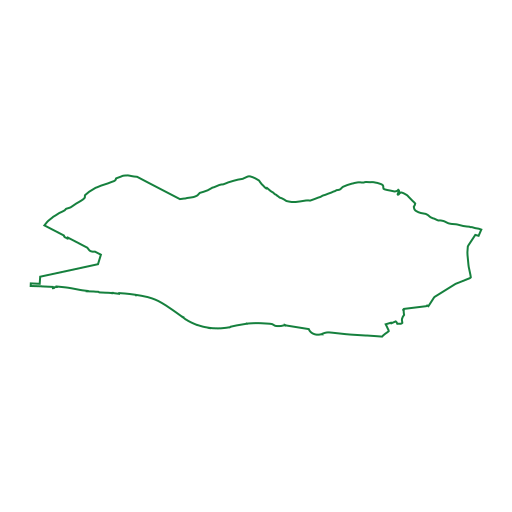 outline of Goes, Zeeland, Netherlands
{"feature_id": "6326949B11720350341334", "entity_name": "Goes", "entity_type": "district", "adm_level": 2, "iso_a3": "NLD", "parent_name": "Netherlands", "parent_adm1": "Zeeland", "projection": "natural_earth1", "projection_center": [3.836, 51.516], "detail": "fine", "context": "isolated", "style": "outline", "palette": "green", "viewbox_px": 512, "rotation_deg": 0, "n_neighbors": 0, "source": "geoboundaries", "source_scale": "gbopen_adm2", "svg_char_len": 5886}
<svg xmlns="http://www.w3.org/2000/svg" viewBox="0 0 512 512"><path d="M382.1,336.6L383.1,335.5L385.3,333.7L387.2,332.4L388.7,331.2L388.7,330.9L388.6,330.6L388.5,330.1L388.3,329.6L387.8,328.7L387.2,327.3L385.7,324.3L391.0,322.7L391.3,323.3L395.7,321.4L396.7,322.4L396.9,322.9L397.3,323.8L398.8,323.7L400.1,323.8L400.9,323.7L401.5,323.5L402.2,323.0L402.3,322.9L402.3,322.5L401.9,320.1L402.0,318.9L402.3,318.1L402.6,317.3L402.9,316.6L404.1,314.9L403.9,313.8L403.8,312.8L403.7,311.9L403.7,310.8L403.3,310.1L403.2,310.0L403.2,309.8L403.8,309.6L403.8,309.0L404.0,308.9L426.1,306.2L426.7,306.0L427.0,305.8L427.2,305.5L427.9,305.8L428.3,306.2L428.5,306.0L428.8,305.6L433.9,297.7L434.3,297.2L434.6,296.9L455.5,283.9L469.9,278.1L470.5,277.7L470.8,277.3L470.4,274.8L468.7,266.8L468.6,265.9L468.5,265.3L468.4,264.3L467.8,258.1L467.5,255.0L467.4,252.3L467.8,246.6L468.0,246.1L468.7,244.9L475.3,234.9L478.6,235.8L481.3,229.6L479.9,229.1L478.7,228.7L477.5,228.5L476.3,228.3L475.1,228.1L472.8,227.4L471.7,227.1L470.4,227.1L469.3,226.7L466.8,226.5L463.2,226.0L457.3,224.5L456.1,224.3L453.7,224.1L451.2,223.9L448.8,223.4L447.7,223.0L444.5,221.4L443.4,221.0L441.0,220.5L439.8,220.4L438.4,220.5L437.3,220.1L435.2,219.1L434.1,218.6L432.9,218.3L430.7,217.3L429.7,216.6L428.8,215.8L427.8,215.0L426.7,214.4L425.7,213.9L420.8,213.0L419.6,212.6L418.4,212.2L416.3,211.1L415.4,210.5L414.7,209.7L414.2,208.7L413.8,206.8L414.8,205.0L415.2,203.5L413.8,202.0L412.9,201.2L412.2,200.5L408.4,196.6L407.7,195.8L406.9,195.1L404.8,193.9L403.7,193.3L402.5,192.8L400.9,192.4L399.5,193.4L398.7,194.4L398.0,194.7L397.7,194.4L397.9,193.4L399.0,191.4L399.0,190.7L398.8,190.4L398.6,190.1L398.3,190.0L398.2,189.9L397.6,190.6L396.8,191.0L395.8,191.3L394.6,191.5L390.9,190.7L387.2,190.0L384.8,189.4L383.6,188.8L383.3,187.8L383.3,186.8L383.1,185.8L382.5,184.9L381.0,184.1L377.3,182.9L376.0,182.7L373.6,182.2L372.4,182.1L369.9,182.2L366.2,182.0L365.0,182.1L363.8,182.5L361.4,182.5L360.1,182.3L358.9,182.3L357.7,182.4L354.4,183.0L353.2,183.4L352.0,183.6L347.4,185.0L343.0,186.8L342.1,187.5L340.4,189.2L339.4,189.7L338.1,190.0L336.8,190.1L335.8,190.6L334.8,191.2L333.6,191.5L332.5,192.0L331.5,192.5L328.1,193.7L325.9,194.6L324.8,195.0L323.6,195.3L322.5,195.7L321.5,196.3L320.5,196.9L318.2,197.6L314.9,198.9L313.8,199.3L311.0,200.3L310.1,200.6L308.2,200.4L305.9,200.5L300.3,201.4L295.7,202.0L291.6,202.0L288.7,201.5L286.4,201.0L285.6,200.5L284.1,199.5L281.6,198.2L279.7,197.6L278.6,196.7L278.2,196.3L277.3,195.9L277.1,195.6L276.4,194.9L275.4,194.5L274.8,194.1L274.2,193.6L273.2,192.6L272.7,192.3L271.8,191.8L270.7,191.1L266.9,187.9L266.3,188.5L265.2,187.7L264.3,186.8L263.0,185.4L261.8,184.3L260.1,182.1L259.3,180.9L259.0,180.5L257.3,179.5L255.9,178.7L255.2,178.3L252.7,177.2L250.5,176.5L249.8,176.3L249.3,176.3L248.8,176.3L247.9,176.5L247.1,176.8L246.4,177.1L245.4,177.6L244.2,178.1L243.2,178.6L242.8,178.8L241.2,179.1L238.1,179.6L233.5,180.8L228.2,182.4L226.3,183.2L223.4,184.3L223.0,184.4L221.3,184.5L219.3,185.0L214.1,187.2L212.2,187.7L212.0,187.9L207.7,190.3L203.5,191.8L199.8,192.9L199.2,193.5L198.1,194.7L197.4,195.4L196.3,196.0L194.6,196.7L193.3,197.1L190.8,197.5L187.1,198.0L185.3,198.5L183.5,198.6L182.3,198.8L179.9,199.1L148.9,183.0L137.1,176.8L134.0,176.5L131.6,176.1L129.7,175.7L127.9,175.4L125.5,175.5L124.2,175.6L122.9,175.8L122.3,176.0L120.7,176.7L116.3,178.3L116.0,178.5L115.9,178.8L115.8,179.5L115.7,179.7L115.5,179.9L114.7,180.7L114.0,181.1L111.2,182.1L107.9,183.4L103.9,184.7L101.1,185.6L97.3,187.2L96.2,187.6L95.6,187.8L89.7,191.4L89.2,191.7L87.4,193.2L85.6,194.7L85.1,195.1L84.9,195.7L84.9,196.6L84.8,197.5L84.6,197.9L84.3,198.2L83.3,199.2L82.3,199.9L81.1,200.7L78.6,202.2L76.3,203.5L72.2,206.3L70.7,207.3L70.0,207.6L68.8,208.0L66.4,208.7L66.0,208.9L64.8,210.2L64.7,210.3L63.3,211.1L61.9,211.8L59.3,213.0L55.6,215.4L53.2,216.8L52.3,217.6L49.4,219.9L48.2,220.9L47.2,221.9L45.9,223.5L44.4,225.4L63.9,235.5L64.2,236.2L64.1,236.3L64.2,236.5L64.3,236.6L64.5,236.9L64.9,237.2L65.3,237.5L65.5,237.6L66.6,237.9L66.9,238.1L67.2,238.5L67.6,238.6L67.9,237.6L87.3,247.7L89.1,250.0L89.7,250.6L90.5,251.1L91.4,251.4L92.7,251.7L93.9,251.7L94.9,251.6L100.9,254.7L98.0,264.2L40.2,276.7L39.7,283.8L30.8,283.4L30.7,286.0L41.7,286.3L41.8,286.4L52.7,286.9L52.9,288.2L53.7,288.1L53.6,287.4L54.8,287.2L56.8,287.0L56.7,286.5L60.8,286.9L65.6,287.4L68.0,287.7L71.6,288.3L79.9,289.9L82.3,290.3L87.3,290.9L87.1,291.3L93.6,291.5L95.7,291.7L98.4,291.8L99.3,292.4L105.4,292.7L108.7,292.8L111.1,293.0L111.3,293.1L111.5,293.1L112.2,293.2L112.3,292.9L112.7,292.9L112.7,293.0L119.1,293.8L119.2,293.1L124.8,293.5L129.7,294.0L135.6,294.8L135.9,295.3L136.3,295.3L136.8,295.0L141.6,295.8L146.3,296.8L147.4,297.0L152.0,298.4L155.2,299.6L158.3,301.0L161.9,303.0L166.0,305.5L172.5,309.9L176.2,312.5L182.2,316.8L182.3,316.7L182.5,316.8L182.4,317.0L183.0,317.4L183.4,317.4L183.4,317.6L185.6,319.4L186.3,319.7L188.2,320.9L191.3,322.5L193.5,323.5L197.0,325.0L197.1,324.9L200.3,325.9L202.7,326.6L205.0,327.1L208.5,327.7L208.5,327.9L209.1,328.0L209.0,327.8L212.4,328.2L214.9,328.3L217.1,328.3L217.4,328.4L221.1,328.3L226.1,327.8L229.3,327.3L229.5,327.4L230.6,326.9L230.7,326.7L236.7,325.4L240.3,324.8L245.0,324.0L246.3,323.8L246.3,323.7L246.5,323.6L246.6,323.8L246.8,323.8L246.8,323.6L247.1,323.6L249.8,323.4L253.4,323.2L257.0,323.1L260.7,323.2L269.1,323.7L270.3,323.8L271.5,324.0L272.1,324.1L272.7,324.4L274.9,325.7L276.1,326.0L278.5,326.1L281.0,326.0L284.2,325.3L284.3,325.1L284.6,325.1L284.5,325.3L284.8,325.4L284.8,325.1L285.1,325.3L293.2,326.6L308.8,329.1L309.2,330.0L309.6,330.7L309.9,331.1L311.0,332.3L311.8,332.9L313.0,333.6L314.5,334.2L315.7,334.5L316.9,334.7L318.6,334.7L320.0,334.5L320.8,334.3L321.5,334.3L321.4,334.2L321.8,334.1L322.2,333.8L323.6,333.3L324.8,332.9L325.7,332.7L326.7,332.5L327.9,332.4L329.1,332.4L332.3,332.7L346.1,334.2L350.9,334.6L365.3,335.5L366.7,335.5L374.0,336.0L382.1,336.6Z" fill="none" stroke="#15803d" stroke-width="2"/></svg>